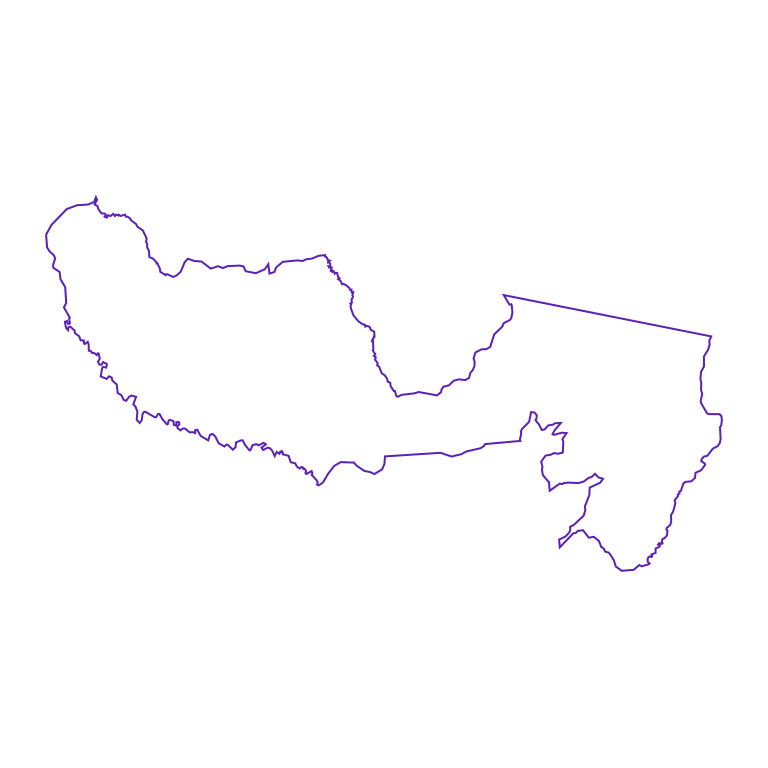 outline of São Félix do Araguaia, Mato Grosso, Brazil
{"feature_id": "56859067B54991290304343", "entity_name": "São Félix do Araguaia", "entity_type": "district", "adm_level": 2, "iso_a3": "BRA", "parent_name": "Brazil", "parent_adm1": "Mato Grosso", "projection": "robinson", "projection_center": [-52.053, -11.478], "detail": "fine", "context": "isolated", "style": "outline", "palette": "violet", "viewbox_px": 768, "rotation_deg": 0, "n_neighbors": 0, "source": "geoboundaries", "source_scale": "gbopen_adm2", "svg_char_len": 6075}
<svg xmlns="http://www.w3.org/2000/svg" viewBox="0 0 768 768"><path d="M719.5,414.1L708.7,414.1L707.0,413.3L701.2,403.3L700.7,400.9L702.2,393.9L701.1,390.2L701.2,382.4L700.4,379.0L701.1,371.8L704.0,366.4L703.9,356.5L708.0,349.9L709.6,344.8L709.3,340.8L711.2,336.4L503.8,295.1L509.4,304.6L511.2,304.2L511.7,305.1L512.4,312.4L511.3,318.0L510.0,319.9L503.7,323.2L502.3,326.6L494.2,334.4L490.2,346.9L486.3,349.2L481.5,349.3L475.4,352.5L473.6,358.5L474.6,361.5L474.5,365.7L472.9,369.9L470.5,372.6L469.0,378.0L465.1,380.1L459.0,379.3L453.7,380.7L449.0,385.3L443.5,386.7L441.5,389.6L441.1,392.1L437.1,395.4L418.7,392.0L414.6,393.3L401.4,394.9L397.8,396.8L396.3,395.9L394.9,391.0L393.8,391.0L390.6,386.1L390.2,382.7L387.7,381.7L387.2,378.9L384.8,375.4L381.7,373.2L379.2,366.8L377.2,365.4L377.7,363.2L375.0,359.6L375.8,357.3L373.9,355.9L375.3,354.2L372.8,350.5L373.4,349.5L373.0,341.9L371.9,341.2L372.4,339.9L372.9,340.6L373.8,336.7L374.5,336.7L374.2,331.7L370.7,329.7L369.6,326.8L366.4,325.8L365.3,326.6L364.7,324.5L362.8,324.4L358.6,321.5L353.6,315.6L350.9,308.4L350.6,305.3L351.4,303.9L350.6,303.4L351.9,302.1L351.5,300.0L353.0,296.6L352.4,295.2L353.3,292.1L351.6,292.3L351.5,289.6L350.0,289.7L349.2,287.8L346.1,285.2L343.1,283.8L342.2,284.3L340.4,280.7L338.1,279.1L339.5,278.2L337.9,276.5L337.1,272.9L335.4,272.8L334.8,273.7L333.3,270.8L332.5,270.6L332.1,271.8L330.7,270.9L331.7,267.6L329.1,267.6L328.5,266.3L330.1,266.6L330.3,265.7L330.2,263.5L329.4,262.4L328.1,262.6L328.1,261.5L329.7,260.6L327.9,260.0L326.5,257.1L325.0,256.5L325.1,255.1L318.6,255.8L311.9,258.6L306.0,259.3L302.8,261.0L297.4,260.4L282.9,261.8L276.3,267.2L274.4,272.0L269.5,273.6L268.3,264.2L264.9,269.2L255.9,273.2L245.7,271.2L243.4,266.3L239.7,265.6L227.6,266.1L223.0,268.1L218.1,266.2L210.7,268.6L201.5,261.5L194.2,261.0L187.9,258.7L184.7,262.1L180.8,271.6L177.1,275.1L173.2,277.0L167.5,274.3L166.0,274.3L165.6,275.2L160.3,271.8L159.9,268.7L157.3,263.2L156.6,263.4L156.6,262.4L153.0,258.6L149.4,257.1L148.9,250.7L147.1,247.2L147.2,244.0L146.0,241.6L146.7,238.7L142.9,230.5L137.4,226.7L136.1,224.1L130.6,219.9L130.5,218.8L127.7,216.7L125.9,216.7L125.0,214.6L120.4,216.0L118.9,214.7L118.1,215.5L116.2,214.5L114.8,216.0L113.2,213.8L110.6,216.0L107.9,215.3L107.2,217.4L105.3,217.3L104.6,216.5L105.9,215.3L105.0,213.7L101.3,213.3L98.1,208.5L97.6,206.1L94.6,204.4L97.1,199.8L95.9,197.2L94.2,201.8L88.3,204.5L77.1,205.2L66.7,209.1L51.4,225.0L46.1,234.7L47.1,247.5L49.4,251.1L53.8,255.3L55.2,258.4L53.1,265.0L53.3,267.8L59.6,271.9L60.5,279.2L65.2,287.1L66.2,303.1L63.9,307.4L69.8,317.7L69.1,318.7L69.9,323.1L69.1,323.9L67.9,323.7L66.9,321.0L64.9,321.8L66.0,327.8L68.1,330.1L68.5,327.1L70.3,326.7L74.6,330.5L75.1,333.3L79.2,336.3L80.6,340.3L83.9,340.5L83.9,343.5L84.9,344.0L87.7,341.8L88.7,344.9L88.8,350.7L90.7,350.9L91.9,352.9L94.1,352.9L96.7,355.1L97.9,353.3L98.7,353.5L99.8,358.7L98.0,361.7L99.3,364.5L101.4,364.8L103.1,362.1L106.6,363.8L106.9,364.7L106.1,367.6L103.2,366.9L102.1,368.3L100.7,376.4L106.6,378.9L109.1,376.3L111.7,377.5L112.4,380.7L116.7,384.4L117.7,393.0L121.5,395.3L123.6,399.8L126.2,400.8L129.1,396.8L131.4,395.5L136.1,396.8L133.3,404.4L135.5,406.6L137.4,411.8L136.7,419.9L139.7,422.9L141.7,420.3L142.5,414.2L143.7,412.2L145.2,411.7L154.7,417.2L156.0,417.3L158.2,413.9L159.5,414.0L162.7,419.6L167.0,424.4L167.8,424.1L168.7,420.5L170.1,419.9L173.5,421.2L173.9,424.9L176.3,425.6L176.4,422.1L178.9,422.1L179.4,424.3L177.7,426.0L177.4,427.9L180.3,430.4L182.9,428.5L185.0,428.5L189.7,432.4L192.6,432.1L195.2,433.1L195.1,430.3L197.2,429.7L200.6,435.8L208.2,440.4L210.0,434.8L212.7,434.0L215.5,436.8L218.5,443.1L224.5,446.5L226.5,444.5L228.1,445.1L232.9,449.7L235.6,447.1L236.0,442.5L241.1,440.3L242.8,440.4L244.7,444.5L249.5,450.4L250.4,450.2L252.6,445.2L256.4,444.1L258.6,445.4L263.5,442.8L265.9,444.3L261.5,447.7L263.2,450.0L267.7,447.6L270.1,448.3L272.3,450.9L274.7,456.1L276.7,451.9L279.3,453.8L280.3,451.6L281.6,451.2L281.5,452.2L282.8,452.4L282.7,454.3L288.6,455.8L290.7,462.2L295.2,463.3L297.0,466.7L299.7,468.5L301.4,467.0L302.6,467.2L303.3,468.9L303.9,468.4L305.2,469.4L306.0,471.0L305.5,473.2L306.4,474.0L311.6,471.1L312.4,473.5L311.7,474.9L316.2,479.8L317.7,482.1L317.1,484.6L318.7,485.4L322.9,482.6L327.9,474.1L334.1,466.0L340.7,462.1L353.9,462.6L356.7,465.7L364.3,470.9L370.6,472.2L374.3,474.1L382.1,469.3L384.4,464.1L385.0,456.4L440.5,452.8L451.6,456.5L461.4,454.2L466.2,451.5L480.6,448.2L484.0,446.0L485.0,444.1L520.4,440.9L519.9,439.4L521.2,433.9L520.8,431.5L522.0,429.0L529.1,421.9L531.1,412.1L534.5,412.5L536.8,415.4L536.4,418.8L535.6,419.7L536.0,420.9L539.1,424.6L541.7,430.0L544.6,429.4L548.3,425.4L553.2,424.6L555.0,423.2L560.9,423.0L554.8,430.0L552.5,434.1L554.0,434.9L561.7,432.7L566.6,433.1L562.4,439.1L563.3,441.6L562.8,452.5L557.8,453.8L554.0,453.0L551.2,454.6L545.5,455.6L541.2,461.7L542.5,467.3L541.9,469.4L542.8,475.0L549.0,482.3L549.7,490.8L559.6,483.7L562.3,484.0L563.9,483.0L569.1,482.6L578.4,483.1L583.8,481.5L588.9,477.7L591.5,477.1L595.0,473.8L598.5,477.4L603.0,478.8L600.2,482.7L589.7,487.6L589.3,495.2L584.9,506.3L585.3,510.1L583.7,515.6L573.7,525.0L570.1,526.8L570.2,530.3L569.2,532.5L565.5,536.5L559.1,539.6L559.8,547.3L573.3,533.3L575.7,533.0L577.8,530.9L583.0,530.2L588.8,537.7L593.8,536.8L598.9,540.9L601.3,547.1L603.5,548.3L605.2,551.6L608.7,552.6L610.6,555.0L613.8,560.1L615.8,566.5L621.8,570.8L633.8,569.8L639.3,565.0L641.7,566.3L649.0,564.2L649.6,563.6L647.8,561.7L647.5,559.7L648.2,557.6L649.7,556.4L651.5,557.1L652.2,556.1L651.5,554.4L655.6,552.9L655.6,548.5L659.7,546.6L659.8,545.1L658.1,544.6L659.4,543.0L661.8,543.9L662.5,543.3L661.9,541.1L662.6,538.8L664.3,538.4L666.9,535.6L667.5,530.7L666.4,529.5L666.5,528.1L670.3,524.9L671.2,521.5L671.0,515.1L673.1,511.6L675.4,503.3L674.7,500.3L678.1,495.9L677.8,494.5L679.5,493.5L679.3,491.6L680.9,490.8L683.4,483.4L685.5,481.9L691.3,481.3L695.0,478.0L695.5,472.8L701.0,470.3L705.2,464.8L704.7,463.5L701.2,461.0L701.8,459.0L703.8,456.6L707.3,455.8L712.9,448.6L717.6,446.2L719.8,442.9L720.6,439.2L720.0,427.1L721.2,425.5L721.9,419.9L721.4,416.2L719.5,414.1Z" fill="none" stroke="#5b21b6" stroke-width="2"/></svg>